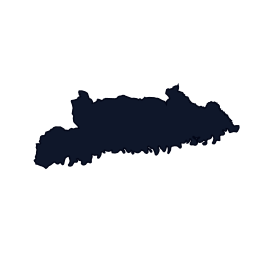 Yotoco, Valle del Cauca, Colombia (orthographic projection), rotated 61°
{"feature_id": "7082276B27401481263527", "entity_name": "Yotoco", "entity_type": "district", "adm_level": 2, "iso_a3": "COL", "parent_name": "Colombia", "parent_adm1": "Valle del Cauca", "projection": "orthographic", "projection_center": [-76.383, 3.898], "detail": "fine", "context": "isolated", "style": "filled", "palette": "ink", "viewbox_px": 256, "rotation_deg": 61, "n_neighbors": 0, "source": "geoboundaries", "source_scale": "gbopen_adm2", "svg_char_len": 5863}
<svg xmlns="http://www.w3.org/2000/svg" viewBox="0 0 256 256"><g transform="rotate(61 128 128)"><path d="M174.3,73.1L175.2,72.2L175.6,71.0L175.7,70.0L175.3,67.8L176.1,66.7L176.8,66.6L177.6,67.1L177.9,68.2L177.7,69.7L178.1,70.2L179.3,69.9L180.1,68.4L180.0,67.4L179.5,66.6L177.4,65.6L176.7,64.8L176.5,63.2L177.0,61.7L177.0,60.7L176.6,59.7L175.0,58.4L175.1,58.0L176.7,57.3L178.5,57.6L180.5,59.1L182.1,61.3L182.8,61.2L183.5,60.1L183.2,58.9L182.1,57.8L181.7,56.5L181.9,55.6L183.1,54.2L183.1,53.7L179.5,51.9L179.1,51.1L179.1,50.2L180.1,48.1L180.0,47.0L179.3,46.3L178.5,46.1L176.5,46.8L175.9,46.3L176.1,45.6L177.9,44.3L178.1,43.7L177.8,43.0L176.3,42.4L176.8,41.3L178.0,40.9L180.7,41.2L181.3,40.9L182.1,37.2L183.9,34.9L183.7,33.9L181.9,31.3L181.0,30.6L179.7,30.2L178.4,32.6L178.1,34.1L176.0,34.8L174.9,35.0L173.4,34.4L172.1,35.2L171.6,34.2L171.1,34.9L170.3,34.4L169.2,35.1L168.6,35.0L168.0,35.4L167.3,35.1L167.0,35.5L166.2,35.2L165.5,35.5L165.4,35.0L165.1,34.9L164.5,35.6L163.4,35.9L163.6,36.6L163.3,37.0L162.4,36.5L161.8,36.6L161.3,37.0L160.9,36.4L160.0,37.3L158.4,37.4L158.2,38.4L157.5,38.8L156.3,38.0L155.3,38.8L153.0,37.6L151.4,37.8L150.5,38.7L149.5,38.3L149.2,38.8L147.8,39.6L147.8,40.2L147.5,40.1L147.5,40.5L146.2,42.3L145.4,42.6L145.6,44.1L145.1,45.0L145.5,47.0L146.1,47.3L146.4,48.3L147.3,49.1L148.0,51.4L146.6,51.8L146.8,52.4L144.6,53.7L144.3,55.0L144.5,56.0L142.9,56.4L141.7,57.4L139.5,57.7L139.2,58.6L138.5,59.0L136.7,60.7L136.3,60.5L135.7,61.1L135.4,60.7L133.4,61.1L130.3,60.8L129.4,61.4L129.0,62.2L127.4,63.2L126.5,62.6L125.8,62.9L125.6,63.6L125.0,63.5L124.4,63.1L123.5,63.3L122.9,63.8L122.4,64.7L121.3,65.1L120.9,66.0L120.4,66.5L119.2,66.3L117.7,64.8L117.0,64.7L116.7,64.1L114.9,63.5L115.4,64.2L114.9,64.8L115.0,65.5L114.4,66.1L114.3,68.8L115.4,69.5L115.1,70.6L114.7,71.3L114.7,72.0L114.1,73.8L113.5,73.8L113.3,74.1L113.3,75.5L116.0,78.0L116.6,78.0L117.7,77.5L120.2,76.9L121.2,76.9L122.7,77.5L122.9,78.2L122.6,79.1L123.3,80.2L123.3,81.2L125.8,82.9L122.7,83.2L120.5,85.1L117.3,87.1L116.4,88.0L115.9,89.0L114.3,90.6L111.7,94.8L110.3,98.1L109.5,98.5L110.1,100.4L110.3,102.2L110.0,102.7L108.7,103.2L108.3,104.0L108.5,105.2L106.8,106.2L105.0,108.6L104.1,110.6L98.4,115.5L97.9,115.6L97.1,116.8L96.8,118.7L96.1,120.4L96.1,121.7L96.8,123.1L96.4,125.1L91.5,133.3L91.5,134.3L91.1,134.8L91.6,136.2L91.2,138.3L90.5,138.5L90.6,138.9L89.3,139.4L88.5,140.4L89.0,140.7L89.3,141.2L88.9,140.9L88.7,141.2L89.5,141.8L89.9,143.9L89.7,146.0L89.1,146.7L89.0,147.2L87.8,146.5L85.9,146.4L84.6,146.8L83.8,147.7L83.4,147.9L78.0,146.9L76.2,147.8L75.2,148.6L73.4,150.4L72.1,152.7L72.8,153.6L73.2,153.5L74.0,153.9L74.2,153.7L75.2,153.6L75.3,154.1L75.6,153.9L75.9,154.2L77.5,154.3L77.3,156.8L78.1,157.7L78.3,158.6L77.7,161.6L76.8,164.1L77.5,164.6L80.7,165.1L84.2,166.2L85.0,167.0L88.6,169.7L90.1,169.4L91.4,169.6L93.0,170.9L95.9,172.1L97.0,172.1L102.4,170.6L104.4,171.1L103.0,174.0L102.7,176.2L101.1,177.8L101.1,179.6L101.6,180.8L100.8,182.4L99.8,183.6L99.6,184.4L99.2,184.7L97.9,184.7L94.5,186.7L92.1,190.9L91.8,192.9L92.5,194.8L92.0,195.9L92.8,197.9L92.1,201.8L93.8,203.6L94.4,204.7L93.2,207.0L93.4,208.5L95.0,209.9L95.9,210.2L96.4,211.3L97.0,211.9L98.5,211.7L99.1,212.1L99.2,213.4L98.4,214.1L97.7,215.8L99.5,216.4L100.5,217.5L102.8,217.9L105.1,219.7L106.4,220.4L108.5,222.9L109.7,223.0L110.2,223.3L110.7,224.2L110.9,225.5L112.0,225.7L113.1,225.4L114.9,225.8L115.5,224.8L118.4,222.5L119.2,221.6L121.1,220.2L123.4,219.3L123.2,217.9L122.4,215.7L122.5,213.4L121.9,209.7L122.1,208.9L122.4,208.4L124.5,207.6L125.2,206.9L125.4,206.3L125.1,204.8L125.4,203.8L126.0,203.4L127.8,203.2L128.3,202.8L128.3,202.2L128.0,201.7L125.2,199.2L123.8,197.6L123.4,195.7L123.6,193.7L123.9,193.4L124.7,193.3L128.9,194.4L130.7,196.2L131.4,197.8L132.0,198.0L132.6,197.8L133.3,196.6L133.5,195.2L131.7,192.0L131.8,191.1L132.8,189.5L132.8,188.8L132.1,188.0L130.3,188.0L130.4,186.8L130.8,186.4L132.6,186.2L133.6,184.9L134.2,184.6L135.6,184.9L136.2,185.7L137.1,185.8L138.1,185.3L138.8,184.4L139.0,182.8L138.2,181.0L138.1,180.1L138.8,178.8L139.9,178.0L140.1,177.4L140.0,176.8L137.7,175.6L135.8,173.5L134.1,172.9L133.7,172.4L133.9,171.9L135.5,170.4L136.7,167.7L137.6,167.6L139.2,168.8L139.6,168.8L139.9,168.4L139.9,167.6L139.2,166.2L138.1,164.7L136.3,163.4L136.0,162.7L136.2,161.8L138.2,160.8L138.3,160.3L136.5,159.9L136.1,159.4L136.5,158.7L137.9,157.4L139.0,155.9L139.4,153.5L139.7,153.0L141.9,153.6L143.4,151.4L144.1,148.8L143.4,146.1L143.6,144.9L144.9,144.0L147.2,144.0L147.9,143.7L147.9,142.9L147.6,142.6L146.8,142.3L144.4,142.3L143.8,141.7L143.8,141.0L144.8,140.2L148.5,140.0L149.5,139.4L149.8,137.9L149.0,136.2L149.5,135.8L150.2,135.8L151.6,136.6L152.9,136.4L153.0,135.5L151.7,134.7L151.4,134.1L153.9,131.9L154.4,131.0L154.5,129.4L153.8,126.9L155.3,125.4L157.9,124.9L159.0,124.1L159.2,123.4L158.9,122.6L158.5,122.2L157.0,121.6L156.7,120.6L157.2,119.9L157.7,119.7L159.4,119.7L160.2,119.5L160.2,118.8L159.6,118.5L157.7,118.8L155.3,120.5L154.2,119.9L153.9,119.3L154.1,118.7L156.8,117.5L158.0,116.2L158.6,115.9L161.7,116.1L164.6,116.8L165.2,116.3L165.2,115.6L164.8,114.4L163.1,112.2L162.0,111.5L159.6,111.1L158.8,110.4L158.7,109.7L159.2,109.2L161.5,109.1L163.7,108.4L165.0,108.4L166.1,107.9L166.1,107.3L165.7,106.4L162.6,103.2L162.7,102.8L163.3,102.3L164.8,102.3L165.5,102.6L167.4,103.6L168.9,105.0L169.3,105.2L169.7,105.0L169.6,104.3L167.9,101.7L165.7,100.2L165.0,98.8L165.9,95.7L167.1,93.9L168.3,93.0L170.3,92.4L170.8,91.7L170.7,91.2L170.1,90.6L166.7,89.3L167.0,88.1L168.1,86.5L168.3,85.4L167.1,83.1L168.0,82.8L169.8,83.6L170.0,82.9L169.5,81.2L167.7,79.1L168.3,78.5L169.5,78.5L170.8,79.5L171.6,80.8L172.6,81.3L173.2,80.9L174.1,79.0L175.5,77.6L175.7,76.4L175.3,75.3L174.5,74.6L171.9,74.0L170.8,74.2L168.4,75.5L167.4,75.5L167.1,75.1L167.6,74.4L169.1,74.0L169.8,73.4L170.3,72.2L170.5,70.4L170.9,70.0L171.3,70.4L171.2,72.1L171.6,72.9L172.9,73.4L174.3,73.1Z" fill="#0f172a" stroke="#020617" stroke-width="1.5"/></g></svg>